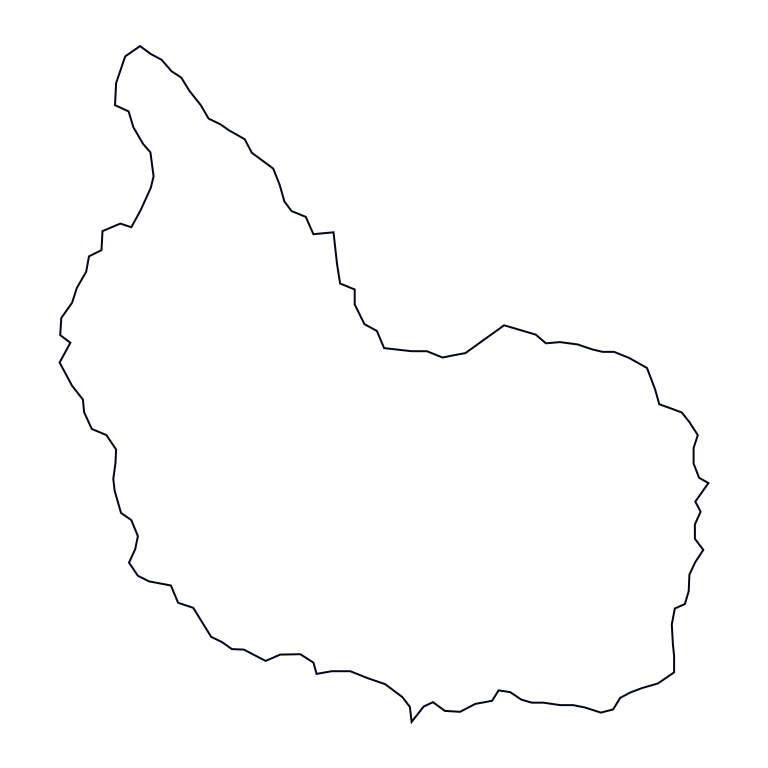 outline of Santa Helena, Paraíba, Brazil
{"feature_id": "56859067B39303550604854", "entity_name": "Santa Helena", "entity_type": "district", "adm_level": 2, "iso_a3": "BRA", "parent_name": "Brazil", "parent_adm1": "Paraíba", "projection": "robinson", "projection_center": [-38.585, -6.713], "detail": "fine", "context": "isolated", "style": "outline", "palette": "ink", "viewbox_px": 768, "rotation_deg": 0, "n_neighbors": 0, "source": "geoboundaries", "source_scale": "gbopen_adm2", "svg_char_len": 1835}
<svg xmlns="http://www.w3.org/2000/svg" viewBox="0 0 768 768"><path d="M129.0,562.6L137.9,575.8L149.1,581.4L170.9,585.5L178.1,602.8L193.2,607.8L211.2,636.9L222.2,642.2L231.9,649.1L243.8,649.6L265.6,660.9L280.2,654.6L300.3,654.2L313.4,662.6L316.6,673.9L331.8,671.2L350.2,671.2L367.8,678.2L385.2,684.2L402.5,697.2L409.9,707.0L411.6,721.9L423.7,706.5L433.0,702.2L444.9,710.9L460.1,711.8L475.3,703.9L492.1,700.8L498.6,690.4L510.1,692.1L521.3,699.6L531.9,702.7L543.7,702.7L560.0,705.1L573.1,705.1L585.0,707.5L600.9,712.6L613.2,709.4L620.1,697.9L630.5,692.4L642.2,688.0L657.8,683.5L674.1,672.4L674.1,655.8L672.9,644.3L671.8,624.4L674.8,608.5L684.9,604.0L688.7,591.2L689.4,574.6L695.3,562.1L703.3,549.9L694.9,538.8L694.9,524.4L700.6,511.7L695.3,501.6L708.4,483.1L699.1,477.8L693.6,463.6L693.6,448.0L697.8,435.1L689.4,422.1L681.8,412.5L671.4,408.6L659.3,404.3L655.1,389.4L647.0,368.0L629.0,357.9L614.2,351.9L602.8,351.9L592.6,349.5L577.8,344.5L560.0,342.1L545.9,343.3L535.7,334.6L504.1,325.3L465.4,353.1L455.2,355.0L442.5,357.5L426.9,351.2L411.6,351.2L384.1,348.1L376.9,331.0L364.4,324.1L354.7,304.4L354.7,289.5L340.1,283.5L337.1,264.5L333.5,232.3L313.4,234.2L305.8,216.9L291.6,211.1L284.4,201.5L279.7,184.9L273.2,168.6L260.0,158.8L251.8,152.8L244.8,139.3L229.1,130.4L220.5,124.4L208.6,118.6L200.8,105.2L189.5,91.0L181.3,77.6L171.6,71.3L161.6,59.8L150.8,54.0L140.0,46.1L125.2,56.4L116.1,83.1L115.0,105.2L128.6,111.4L133.4,127.3L143.2,144.1L150.4,152.3L153.6,176.3L150.8,187.8L140.4,210.7L131.3,227.2L120.3,223.6L102.5,231.1L101.5,250.1L89.0,256.3L86.2,271.7L76.9,287.8L72.1,302.7L61.3,318.0L60.2,335.1L70.4,342.8L59.6,362.5L72.1,385.8L82.9,399.5L84.1,412.2L91.8,429.0L106.4,435.1L116.1,449.5L115.5,462.9L113.3,478.8L114.6,490.6L121.0,512.9L131.3,520.1L137.9,536.2L135.2,549.2L129.0,562.6Z" fill="none" stroke="#020617" stroke-width="2"/></svg>